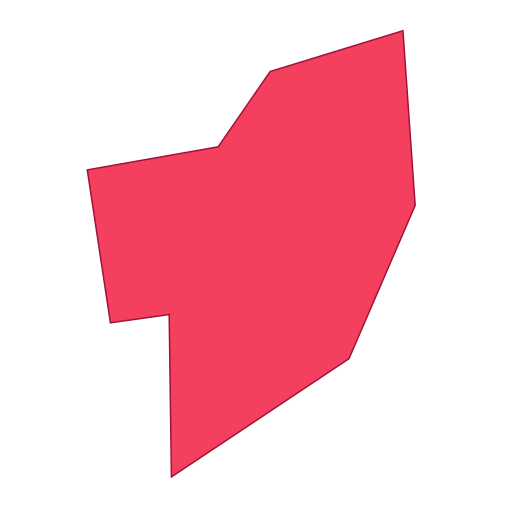 an SVG outline of Takamaka, rotated 266°
{"feature_id": "SYC-5220", "entity_name": "Takamaka", "entity_type": "state/province", "adm_level": 1, "iso_a3": "SYC", "parent_name": "Seychelles", "parent_adm1": "", "projection": "albers", "projection_center": [55.519, -4.787], "detail": "fine", "context": "isolated", "style": "filled", "palette": "rose", "viewbox_px": 512, "rotation_deg": 266, "n_neighbors": 0, "source": "natural_earth", "source_scale": "10m", "svg_char_len": 288}
<svg xmlns="http://www.w3.org/2000/svg" viewBox="0 0 512 512"><g transform="rotate(266 256 256)"><path d="M353.7,93.7L367.6,225.9L439.1,283.0L470.5,418.3L295.3,418.3L147.1,341.6L41.5,156.2L203.7,165.3L199.5,106.1L353.7,93.7Z" fill="#f43f5e" stroke="#9f1239" stroke-width="1.5"/></g></svg>